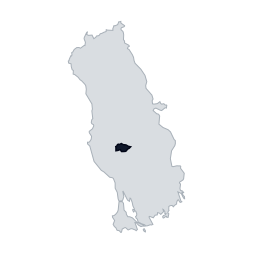 Kinkkale highlighted on a map of Turkey, rotated 252°
{"feature_id": "TUR-3019", "entity_name": "Kinkkale", "entity_type": "Province", "adm_level": 1, "iso_a3": "TUR", "parent_name": "Turkey", "parent_adm1": "", "projection": "mercator", "projection_center": [33.764, 39.803], "detail": "fine", "context": "in_parent", "style": "filled", "palette": "ink", "viewbox_px": 256, "rotation_deg": 252, "n_neighbors": 0, "source": "natural_earth", "source_scale": "10m", "svg_char_len": 4051}
<svg xmlns="http://www.w3.org/2000/svg" viewBox="0 0 256 256"><g transform="rotate(252 128 128)"><path d="M196.2,92.5L199.6,93.8L200.7,92.9L203.8,93.0L206.6,93.7L208.1,91.6L210.1,91.9L210.5,92.9L211.4,93.3L214.3,95.9L213.9,96.2L214.6,97.2L217.1,97.8L217.4,99.1L219.3,101.1L220.3,104.1L219.7,106.2L218.6,107.5L220.1,112.0L219.7,112.5L222.7,114.0L226.4,113.8L227.6,114.4L231.3,117.9L232.2,119.3L229.7,117.6L228.3,119.1L227.5,122.5L223.5,123.1L224.2,125.4L225.2,126.4L224.9,128.5L225.1,129.4L226.2,130.7L226.1,132.6L226.5,134.6L226.5,137.0L228.2,137.7L227.4,138.8L225.6,143.6L225.7,144.0L226.9,144.1L229.7,146.3L229.2,147.1L229.5,150.1L231.9,152.1L231.5,153.1L231.6,154.1L229.9,153.7L226.4,156.4L226.0,156.3L225.5,155.4L225.4,152.7L224.5,151.9L223.4,151.8L221.5,153.0L219.8,153.0L218.0,152.7L213.4,151.0L211.7,151.6L210.0,151.0L206.5,154.3L205.4,154.6L204.9,152.9L203.7,152.0L202.2,153.3L196.3,154.8L193.5,155.1L190.2,154.6L187.4,154.7L179.9,158.4L172.8,160.4L166.3,160.2L162.8,157.9L160.1,157.4L151.9,160.9L147.8,160.8L146.5,159.4L143.4,158.8L142.7,160.1L142.1,163.4L143.2,166.5L141.4,166.6L140.3,167.3L140.0,169.6L138.4,170.4L137.9,171.8L137.6,171.9L135.1,170.7L135.8,169.6L134.2,165.4L135.0,164.1L138.3,160.7L138.2,158.7L136.8,157.3L132.5,159.8L132.2,160.8L131.2,161.5L129.6,161.8L122.1,158.6L117.7,161.4L114.0,165.6L111.2,167.2L102.8,168.3L101.4,169.1L98.5,168.2L96.8,167.1L92.9,162.4L85.7,158.8L78.0,157.9L77.3,158.8L77.0,162.5L75.8,166.0L75.2,166.3L73.5,165.5L67.6,167.5L62.5,165.2L61.6,164.2L60.5,160.2L59.7,159.9L58.9,160.5L58.1,160.5L54.4,158.7L52.5,158.6L51.3,160.3L49.4,161.0L49.3,160.5L50.1,159.4L47.0,159.6L45.4,160.5L43.2,160.0L43.4,159.5L45.2,159.0L49.2,158.4L51.8,155.7L42.1,155.8L41.2,156.4L41.0,155.0L41.6,154.3L44.1,153.8L44.0,152.7L42.4,151.4L40.7,150.7L39.9,147.8L39.0,147.1L39.1,146.7L40.7,146.1L41.1,144.0L40.8,142.6L37.7,141.5L37.0,141.6L36.2,140.4L34.8,139.6L33.8,140.3L30.6,138.5L31.2,137.2L32.0,137.3L32.1,136.2L31.5,134.6L31.5,133.7L32.2,133.5L33.0,133.6L33.8,134.6L33.9,136.6L34.8,137.7L35.3,136.6L36.8,137.2L39.4,136.6L39.9,136.1L38.0,136.1L37.3,135.7L35.7,132.5L37.3,131.6L38.4,130.0L36.3,129.0L36.7,126.8L34.8,124.3L37.3,121.2L37.2,120.7L36.4,120.5L28.6,121.9L28.5,120.4L29.1,119.2L29.0,116.1L29.4,114.5L30.8,114.0L32.6,111.5L35.5,108.6L38.4,108.7L39.6,107.9L41.4,107.8L41.9,109.0L43.5,109.8L46.2,109.7L47.5,108.9L46.3,107.5L47.8,107.0L49.1,107.4L48.4,108.9L48.8,109.1L52.3,108.6L56.0,109.0L60.1,108.8L60.7,108.3L57.8,106.7L59.6,105.3L60.7,105.1L69.3,103.8L69.3,103.5L64.0,102.8L61.3,100.9L60.6,99.9L61.1,97.5L61.7,96.8L63.6,96.7L70.1,97.9L74.7,97.2L79.8,98.8L84.6,98.5L85.6,97.7L86.8,95.4L93.7,91.5L96.0,89.5L106.7,85.4L122.6,86.1L125.4,84.6L127.0,85.1L126.6,86.1L126.7,87.1L128.6,89.5L131.4,90.8L135.4,89.7L136.8,90.1L138.2,93.9L140.6,96.1L141.8,96.2L143.3,94.9L144.7,94.8L147.0,96.1L147.8,97.4L155.4,98.9L157.0,100.0L162.1,101.1L173.5,98.5L177.7,100.3L181.2,100.9L182.7,100.6L187.2,98.5L188.7,97.3L191.6,96.3L195.2,93.9L196.2,92.5ZM49.3,86.0L49.0,87.6L49.7,89.5L51.3,92.0L53.0,93.3L60.7,96.7L59.6,99.9L57.7,100.4L51.1,98.9L48.4,100.2L46.4,99.8L43.7,100.4L43.0,102.3L41.1,104.5L35.8,107.2L31.0,112.6L29.6,113.3L30.2,111.5L30.2,109.9L32.3,108.0L35.3,106.6L36.0,105.4L28.6,105.6L27.8,104.0L28.6,103.6L31.0,100.7L31.3,99.5L31.0,96.6L34.0,94.9L34.2,94.2L33.7,91.3L30.9,89.6L31.0,88.8L33.0,88.0L34.1,86.0L37.0,85.6L38.4,84.6L41.0,84.1L44.1,86.7L47.9,85.7L49.3,86.0ZM27.1,112.4L24.6,112.8L23.8,112.4L24.6,111.5L26.5,111.0L27.2,111.8L27.1,112.4Z" fill="#d9dde1" stroke="#a8b0b8" stroke-width="1"/><path d="M109.3,124.7L108.4,123.0L108.0,121.0L107.7,120.5L106.8,119.4L106.6,118.2L106.9,117.0L107.2,115.8L107.6,114.6L108.5,114.3L109.7,114.1L109.9,113.3L109.8,112.4L109.8,111.5L109.9,110.7L110.1,109.5L113.1,110.5L114.1,110.6L114.2,111.2L114.7,112.3L114.9,112.5L115.2,112.6L115.4,112.8L115.4,113.1L115.6,113.5L115.5,114.0L115.3,114.3L115.0,114.9L115.0,115.7L115.1,115.9L115.2,116.2L115.2,116.5L115.3,116.8L113.5,118.5L113.0,119.9L112.3,121.1L110.5,122.6L109.3,124.7Z" fill="#0f172a" stroke="#020617" stroke-width="1.5"/></g></svg>